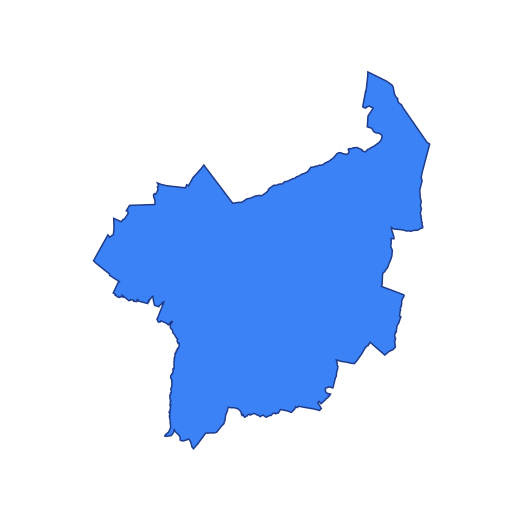 Huamantla, Tlaxcala, Mexico (Robinson projection), rotated 190°
{"feature_id": "50627088B18788314814014", "entity_name": "Huamantla", "entity_type": "district", "adm_level": 2, "iso_a3": "MEX", "parent_name": "Mexico", "parent_adm1": "Tlaxcala", "projection": "robinson", "projection_center": [-97.937, 19.323], "detail": "fine", "context": "isolated", "style": "filled", "palette": "blue", "viewbox_px": 512, "rotation_deg": 190, "n_neighbors": 0, "source": "geoboundaries", "source_scale": "gbopen_adm2", "svg_char_len": 6090}
<svg xmlns="http://www.w3.org/2000/svg" viewBox="0 0 512 512"><g transform="rotate(190 256 256)"><path d="M365.8,310.8L364.2,308.5L364.3,307.7L365.1,307.0L364.2,304.8L364.3,303.1L365.4,299.6L366.6,299.9L367.5,298.8L367.4,297.6L366.3,295.0L365.4,294.0L364.6,290.4L364.7,289.1L389.3,283.9L391.6,278.0L390.1,278.0L389.3,275.6L392.0,269.5L393.3,268.9L394.7,266.3L402.7,268.4L400.7,259.0L400.2,252.4L403.3,249.1L405.5,251.1L415.2,223.1L412.1,221.0L397.1,212.8L396.8,211.5L386.0,207.0L385.9,206.8L387.0,206.5L390.2,194.8L387.8,193.9L388.0,193.1L385.9,192.2L385.7,191.8L383.4,191.5L382.9,191.6L382.6,192.6L382.3,192.7L380.0,192.4L380.6,194.0L373.3,189.9L372.3,190.4L372.0,191.2L368.7,191.2L368.6,190.2L365.7,190.3L365.3,192.6L364.9,192.6L364.6,192.3L365.2,191.3L354.4,190.4L354.3,191.2L353.8,191.9L354.3,192.4L353.3,193.4L353.8,194.0L353.2,194.3L353.0,195.1L352.4,195.5L351.3,197.9L350.4,198.4L350.2,196.9L349.7,196.3L349.8,195.6L349.4,195.0L349.3,194.1L348.8,193.5L347.8,190.6L347.1,189.7L342.9,189.2L342.8,190.0L340.6,192.5L339.9,194.2L338.7,194.8L342.3,176.9L342.6,176.7L340.9,174.2L340.1,174.0L339.0,174.3L338.5,175.6L332.7,174.3L330.3,172.9L329.8,173.8L329.6,173.7L329.3,174.8L327.7,177.0L326.9,176.7L328.2,174.0L328.2,171.3L327.5,170.0L325.3,168.6L325.0,166.8L324.2,165.7L322.6,164.4L321.4,162.9L319.9,161.3L318.9,161.0L319.0,158.8L318.2,157.2L317.4,156.4L316.7,156.9L316.1,154.9L316.3,152.4L317.3,151.3L316.9,150.7L317.5,150.1L317.2,149.2L318.1,148.5L317.9,147.4L318.2,147.1L318.2,146.2L318.8,146.0L318.3,143.2L318.8,141.4L318.5,140.9L318.7,140.2L318.2,139.2L318.5,137.6L317.9,135.8L318.1,135.0L317.5,133.8L317.5,132.1L317.1,131.4L317.2,131.1L318.1,130.6L318.1,129.2L317.6,128.5L317.8,126.1L318.0,125.4L318.5,125.2L318.4,124.6L319.1,123.5L319.1,121.9L318.5,120.6L317.4,119.3L317.1,117.0L316.7,116.8L316.3,112.8L316.9,110.0L316.1,108.9L315.7,106.7L316.5,106.0L316.2,105.5L316.4,103.8L316.7,103.5L316.2,102.8L316.1,100.8L314.9,99.0L315.3,97.7L314.8,97.2L314.7,95.5L314.3,95.2L314.9,94.7L314.3,94.1L314.6,94.0L314.6,93.3L313.9,92.1L313.8,90.1L314.1,89.5L313.8,88.9L314.2,87.6L313.9,87.4L314.4,87.2L313.9,86.7L314.1,86.4L313.4,85.1L313.5,83.7L313.0,83.4L313.4,82.9L311.5,77.7L311.7,77.2L310.5,73.7L310.3,71.8L311.3,68.0L311.9,66.9L314.2,64.3L314.5,62.8L312.7,62.9L308.6,64.3L307.3,66.0L306.6,68.0L306.3,70.6L304.3,68.5L300.6,66.0L299.1,64.0L299.1,63.0L298.5,61.4L297.1,61.1L295.4,61.3L292.0,63.0L290.9,64.1L289.5,63.3L287.6,60.8L285.9,56.8L284.1,55.3L280.5,61.3L274.8,72.8L268.9,74.1L266.5,74.4L264.1,75.7L260.4,82.5L258.6,85.1L258.0,89.4L258.3,93.5L257.5,97.7L257.1,102.2L253.5,102.3L251.6,102.8L247.3,102.4L244.8,100.9L243.3,99.1L242.7,97.3L242.0,96.5L241.4,97.7L239.3,95.2L236.9,97.1L236.2,98.5L234.8,99.0L234.1,98.9L234.2,98.5L233.7,98.6L231.4,100.2L230.7,100.4L229.6,100.5L227.7,99.7L226.2,99.6L223.9,98.5L222.3,100.1L221.3,100.5L218.2,99.0L217.3,99.4L214.8,101.4L213.5,101.6L212.2,103.6L211.2,104.4L210.5,104.6L209.5,103.9L207.6,105.2L206.9,105.0L205.2,109.1L198.4,108.9L194.0,108.1L191.2,112.2L190.8,114.3L188.9,113.9L188.1,115.4L171.4,115.4L166.7,114.9L165.2,117.1L169.6,122.3L168.7,123.8L166.3,121.8L162.6,126.6L162.3,127.4L160.8,128.9L160.2,129.9L160.4,130.6L159.8,130.5L159.4,130.9L158.6,132.9L162.0,133.1L163.6,134.2L164.5,135.6L164.4,136.6L164.7,137.8L160.9,139.9L157.4,139.4L156.6,150.1L156.1,151.3L156.4,155.5L156.0,159.6L156.3,161.7L157.2,162.8L157.5,164.8L158.9,167.6L153.3,167.0L148.5,167.2L143.9,166.9L140.4,167.1L138.6,170.2L134.8,178.2L132.7,184.1L132.0,185.0L131.8,186.2L130.0,187.1L129.9,188.2L129.3,189.0L128.7,190.9L111.9,180.8L108.8,184.7L104.5,187.9L104.1,188.9L103.2,189.8L103.1,191.2L103.6,191.4L103.6,192.8L104.2,194.7L104.8,195.3L104.4,195.9L104.2,199.0L105.2,199.5L105.1,200.8L105.8,202.0L105.5,203.4L105.6,204.6L105.2,204.7L105.2,205.3L104.6,205.7L105.0,207.4L104.8,208.5L105.1,211.6L103.7,215.1L103.1,220.1L102.6,220.8L102.8,221.3L104.2,221.7L104.5,226.3L104.2,228.1L104.8,229.1L104.6,230.8L104.1,231.8L104.4,232.8L104.2,234.5L104.8,237.0L104.4,238.9L103.4,241.8L103.3,243.0L104.0,243.5L127.1,247.8L126.9,250.3L128.2,260.1L127.8,261.4L126.4,263.2L125.7,265.3L124.9,266.4L124.4,267.6L123.8,271.2L122.6,276.5L122.2,279.6L122.7,285.2L124.6,288.2L125.2,289.8L125.0,291.1L125.9,296.8L123.2,296.8L123.1,297.1L124.1,300.0L126.7,304.9L127.7,307.6L125.0,306.5L118.0,307.1L114.5,307.1L112.4,306.7L110.0,307.3L107.9,307.2L105.2,308.6L101.4,309.4L98.6,311.7L96.8,312.6L96.9,314.0L98.1,316.0L98.2,318.1L99.2,319.0L99.3,320.8L100.4,322.3L100.1,323.2L100.3,324.2L101.3,325.2L101.5,328.2L101.3,331.3L102.8,334.1L102.7,338.3L104.8,343.0L104.8,343.8L106.2,349.5L105.5,358.4L105.9,359.9L107.0,362.0L106.9,367.1L104.4,396.4L107.3,397.6L137.1,427.7L139.0,430.2L142.0,431.6L143.6,434.0L143.7,435.6L145.8,436.9L147.8,439.6L150.2,446.0L151.5,447.8L157.7,450.8L177.8,456.7L177.2,452.5L176.2,437.1L176.7,437.2L176.8,421.4L174.0,420.6L172.9,421.4L172.5,422.3L171.0,423.2L168.3,422.8L168.2,422.5L167.2,422.4L166.3,421.7L170.0,413.3L168.8,402.5L164.2,401.9L161.9,399.2L160.8,398.5L159.1,398.1L155.8,398.2L153.7,397.2L152.6,395.7L152.7,393.3L153.2,391.3L154.8,388.9L158.9,384.6L162.3,382.1L162.7,381.1L164.3,380.6L165.2,379.4L165.7,378.4L166.7,377.4L169.6,378.1L170.0,379.0L175.2,380.4L179.1,379.4L181.0,378.1L182.5,378.1L183.3,377.7L183.7,376.8L182.5,375.3L182.5,374.0L183.6,372.2L184.3,371.8L188.5,371.9L190.5,372.5L192.8,371.9L194.2,370.5L196.7,366.2L200.7,361.9L203.0,360.4L203.3,359.8L204.2,359.6L205.5,357.9L207.8,356.6L209.6,356.4L211.8,354.7L212.7,355.0L213.7,354.1L215.9,353.2L217.3,353.0L220.0,347.7L223.0,345.6L224.9,344.7L227.4,342.4L229.9,341.0L231.4,339.2L233.4,338.5L235.2,336.9L235.8,336.8L237.1,335.5L238.0,335.3L239.2,334.5L240.4,334.4L242.8,331.5L246.0,330.7L248.0,329.2L250.7,328.8L254.7,324.8L255.2,323.9L255.4,322.6L256.6,320.6L260.4,316.8L261.6,316.1L263.2,316.3L267.5,314.7L271.6,311.9L274.9,310.7L279.5,306.3L282.4,305.8L288.1,303.9L323.2,336.5L325.4,332.1L327.6,328.8L328.0,327.6L328.6,327.0L331.7,322.2L334.6,313.7L334.7,313.9L335.0,313.7L336.7,314.1L337.3,310.9L355.7,309.7L361.6,310.0L365.8,310.8Z" fill="#3b82f6" stroke="#1e3a8a" stroke-width="1.5"/></g></svg>